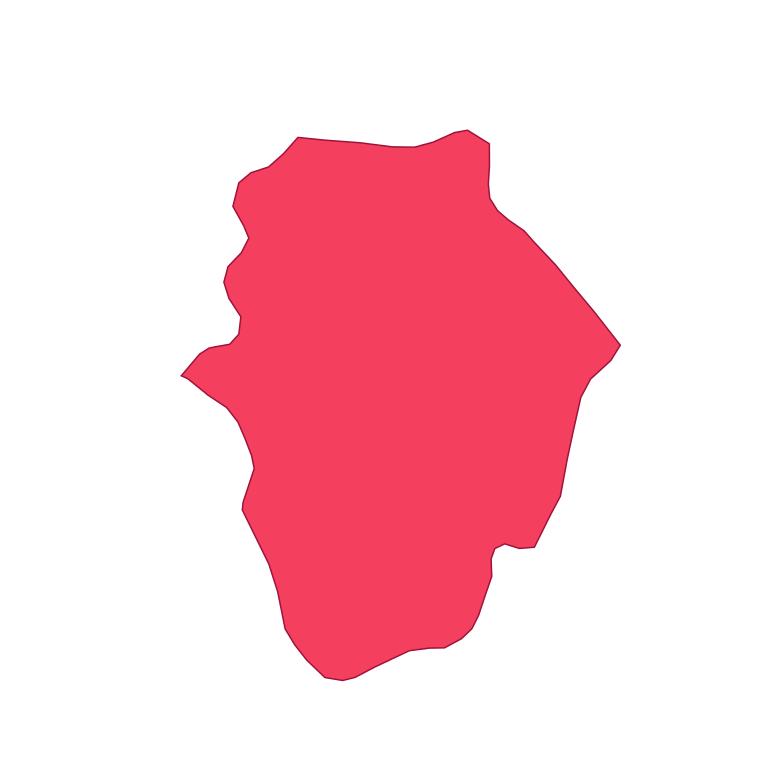 outline of Lèkoni-Lèkori, Haut-Ogooué, Gabon, rotated 142°
{"feature_id": "22940354B21912666573849", "entity_name": "Lèkoni-Lèkori", "entity_type": "district", "adm_level": 2, "iso_a3": "GAB", "parent_name": "Gabon", "parent_adm1": "Haut-Ogooué", "projection": "natural_earth1", "projection_center": [13.947, -1.086], "detail": "fine", "context": "isolated", "style": "filled", "palette": "rose", "viewbox_px": 768, "rotation_deg": 142, "n_neighbors": 0, "source": "geoboundaries", "source_scale": "gbopen_adm2", "svg_char_len": 1119}
<svg xmlns="http://www.w3.org/2000/svg" viewBox="0 0 768 768"><g transform="rotate(142 384 384)"><path d="M573.2,372.0L579.1,343.9L585.6,313.0L595.7,285.7L612.7,251.8L614.9,233.5L614.9,214.1L611.3,189.1L599.1,175.8L587.4,170.6L565.8,166.7L528.4,158.3L511.2,148.2L498.7,138.8L479.7,135.6L465.5,137.0L451.8,143.5L436.4,153.8L417.6,166.0L407.3,180.2L398.0,186.1L387.3,183.7L378.6,171.1L366.0,162.8L333.1,178.5L314.2,186.9L285.7,212.1L264.3,230.0L237.1,252.3L218.2,260.7L190.7,262.9L173.9,269.1L173.9,311.4L174.9,342.5L175.5,372.5L178.4,403.5L179.3,418.5L185.0,436.8L187.8,450.6L186.3,465.2L178.7,477.3L166.7,490.8L153.1,508.4L161.9,532.5L173.6,538.7L196.1,544.2L214.1,551.8L231.4,565.7L254.2,588.7L280.4,612.5L300.0,631.3L321.7,627.3L341.4,626.1L358.7,632.4L374.5,631.9L393.7,617.0L397.2,594.8L400.7,582.2L415.5,575.3L434.7,572.5L447.5,562.8L453.5,546.8L455.4,525.1L467.8,512.6L481.1,510.3L493.9,517.1L499.8,520.0L510.7,521.1L529.9,517.1L538.7,515.3L535.4,509.1L529.5,483.4L522.5,462.3L522.5,444.1L527.0,426.9L532.4,409.2L538.3,397.3L567.9,377.5L573.2,372.0Z" fill="#f43f5e" stroke="#9f1239" stroke-width="1.5"/></g></svg>